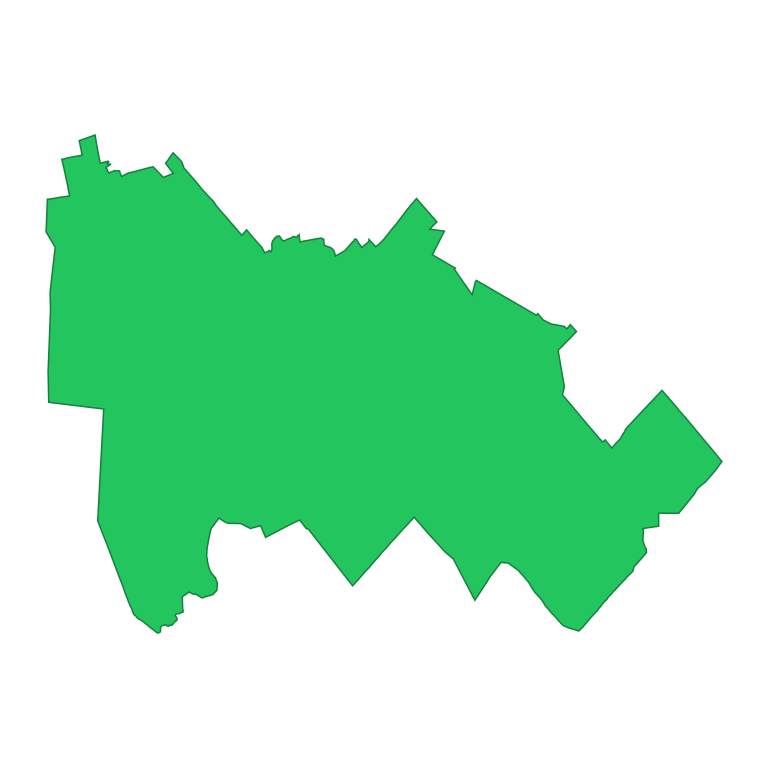 Tumbalá, Chiapas, Mexico (Natural Earth projection)
{"feature_id": "50627088B92638751100187", "entity_name": "Tumbalá", "entity_type": "district", "adm_level": 2, "iso_a3": "MEX", "parent_name": "Mexico", "parent_adm1": "Chiapas", "projection": "natural_earth1", "projection_center": [-92.267, 17.308], "detail": "fine", "context": "isolated", "style": "filled", "palette": "green", "viewbox_px": 768, "rotation_deg": 0, "n_neighbors": 0, "source": "geoboundaries", "source_scale": "gbopen_adm2", "svg_char_len": 6086}
<svg xmlns="http://www.w3.org/2000/svg" viewBox="0 0 768 768"><path d="M721.9,461.5L720.4,459.6L717.6,456.2L716.2,454.6L714.9,452.9L709.3,446.2L707.9,444.5L706.5,442.9L702.3,437.8L699.5,434.4L698.1,432.8L696.7,431.1L695.3,429.4L690.6,423.7L685.1,417.2L682.2,413.9L680.8,412.3L679.4,410.8L677.7,408.6L674.6,404.9L673.2,403.3L670.4,400.1L662.0,390.4L660.0,392.5L655.6,397.1L653.1,399.8L648.1,405.0L646.8,406.5L643.3,410.1L642.0,411.5L640.5,413.0L639.1,414.5L637.6,416.1L635.8,418.1L627.3,427.2L626.2,428.4L625.1,430.3L624.2,432.3L622.9,434.1L621.9,436.0L619.7,439.5L616.0,443.1L611.9,448.0L607.4,442.7L606.2,441.3L605.2,439.9L602.6,442.1L601.1,440.3L599.4,438.6L592.9,430.8L587.1,424.1L579.0,414.4L576.4,411.3L572.8,407.0L562.4,394.8L564.4,386.9L558.1,350.4L573.9,334.3L576.5,331.5L573.8,328.6L570.4,324.7L566.7,328.9L564.3,326.4L551.3,324.0L543.1,319.9L537.8,313.6L536.3,315.2L522.9,307.4L476.4,280.4L475.9,281.3L475.5,281.4L472.1,294.8L455.1,270.3L454.7,270.0L454.3,269.5L455.4,268.2L432.4,254.8L444.4,231.1L429.8,229.2L431.3,227.5L436.9,221.9L423.6,206.7L420.8,203.5L416.5,198.5L412.3,203.4L407.3,209.4L401.9,216.5L396.9,223.1L391.9,229.1L385.8,236.8L383.7,239.4L379.5,243.7L375.7,246.8L372.8,243.5L369.0,239.5L368.9,241.5L361.8,247.5L360.2,245.1L358.5,242.8L356.7,239.6L355.4,239.0L355.0,239.1L354.6,239.2L354.2,240.0L354.0,241.0L352.8,241.6L348.1,247.0L344.8,250.7L338.5,254.4L335.4,256.0L334.7,253.0L334.0,250.8L332.8,249.3L330.5,247.5L327.5,246.5L324.1,245.2L323.7,239.5L323.6,239.0L322.5,239.0L321.3,238.0L299.9,241.8L299.2,235.2L299.1,235.4L298.1,235.3L297.2,236.7L296.3,237.2L294.7,236.7L293.2,236.4L291.3,237.9L289.0,238.6L286.8,239.5L285.4,240.4L283.4,241.0L281.0,238.7L279.6,236.0L277.0,236.2L274.7,238.1L272.6,241.2L271.8,243.6L272.0,247.7L271.7,250.6L271.1,251.5L270.6,251.8L269.6,250.6L269.0,250.4L268.1,251.6L266.3,252.1L264.6,252.7L261.9,247.4L256.8,241.8L254.7,239.4L253.3,237.9L251.4,235.5L246.6,229.9L245.7,231.0L244.6,232.1L242.9,234.1L241.8,235.3L235.7,228.2L233.3,225.3L231.9,223.8L225.6,216.4L223.1,213.7L215.9,205.2L214.2,202.4L213.4,201.3L212.3,200.2L210.9,198.9L210.2,198.2L209.7,197.6L201.9,189.1L195.9,181.6L184.1,168.2L181.7,161.7L173.1,152.8L165.6,163.4L173.3,173.4L163.4,177.4L153.1,166.8L150.6,167.3L132.1,172.2L127.8,173.2L127.5,173.4L121.5,176.5L119.7,171.9L119.6,170.9L118.0,170.9L114.3,170.7L109.0,172.9L107.3,170.7L107.3,169.4L106.3,168.6L105.9,168.0L106.1,167.4L110.5,164.4L110.5,164.2L109.2,164.1L108.7,164.3L108.4,164.3L107.6,164.2L107.2,163.5L107.4,163.0L107.9,162.8L108.3,162.3L108.7,162.0L108.6,161.8L108.2,161.2L105.0,162.0L100.2,163.1L97.6,149.8L96.4,142.9L95.1,135.0L79.2,140.6L82.2,155.2L78.9,155.8L77.4,156.1L75.4,156.4L68.6,157.7L66.5,158.2L64.3,158.8L61.8,159.3L62.7,162.8L64.1,169.1L67.7,185.8L67.9,186.6L68.1,188.4L68.3,189.7L68.6,190.8L69.6,195.9L65.5,196.5L64.6,196.7L59.9,197.3L54.9,198.2L50.5,199.0L47.4,199.2L46.1,231.9L55.2,247.3L50.3,290.0L50.1,293.3L50.5,309.6L48.1,371.3L48.7,402.3L103.7,409.0L97.7,520.8L102.0,532.0L107.5,545.8L119.8,578.5L122.4,585.0L124.7,591.7L126.3,596.0L128.0,600.5L128.6,602.0L129.9,605.2L130.3,606.0L130.6,606.7L131.7,608.7L132.9,612.2L133.8,614.4L135.3,615.7L136.2,616.4L137.3,618.0L138.2,618.6L138.8,619.2L139.8,619.7L141.1,620.0L141.7,620.7L142.4,621.2L143.1,621.4L143.5,621.9L146.8,624.7L147.0,624.7L147.7,625.0L148.9,626.5L149.8,627.0L150.1,627.6L151.9,628.6L157.0,632.8L157.3,633.0L158.1,632.9L158.5,632.9L159.3,632.6L159.6,632.5L160.2,632.0L160.4,631.4L160.5,630.4L160.5,629.7L160.7,628.5L160.6,627.3L160.8,626.8L161.8,626.0L162.4,625.6L163.1,625.3L163.9,625.3L164.5,625.0L165.4,624.8L166.1,624.9L166.2,625.6L166.8,625.9L168.0,626.0L168.6,626.2L168.9,625.9L169.5,625.3L169.5,625.1L170.7,625.1L171.6,625.2L172.1,625.1L172.4,624.9L172.9,624.1L174.3,622.3L175.0,621.6L175.3,621.5L175.5,621.1L176.0,621.0L176.5,620.5L176.9,619.7L177.1,619.7L177.0,619.2L176.9,618.6L176.9,617.6L176.4,617.0L175.6,616.3L175.4,616.0L175.2,615.3L175.2,615.0L175.7,614.6L175.7,614.4L176.1,614.3L176.3,614.1L176.6,614.1L177.3,613.7L178.3,613.7L179.3,613.6L179.8,613.2L180.1,613.1L180.5,612.9L181.3,612.7L182.3,612.3L182.4,612.2L183.1,611.9L183.1,610.4L182.6,608.6L182.6,606.2L182.3,596.8L182.7,596.5L182.9,596.4L183.9,595.7L184.2,595.4L185.3,594.8L187.1,593.5L188.9,592.1L193.2,594.1L195.9,594.2L202.0,598.0L205.9,596.6L212.7,594.7L216.9,590.3L217.4,583.2L215.3,577.6L212.7,574.7L211.0,572.4L210.3,571.2L209.8,570.0L208.2,565.0L208.0,563.4L207.3,561.4L207.4,559.0L207.0,557.8L206.6,556.4L206.7,555.1L206.9,552.2L206.9,550.6L207.1,549.0L207.1,548.2L208.4,541.1L209.2,536.7L210.4,531.3L211.2,528.5L218.9,518.1L222.4,520.4L225.4,522.2L227.9,523.3L241.0,523.6L250.4,528.5L260.6,525.7L261.9,528.6L265.6,537.4L290.0,524.6L299.7,520.0L306.2,528.5L308.5,529.3L352.6,585.8L354.3,584.0L358.2,579.7L365.4,571.4L367.8,568.9L369.5,567.3L369.9,566.8L370.7,565.7L372.7,563.2L376.6,558.9L379.8,555.3L381.2,553.4L383.7,550.6L386.0,548.3L389.4,544.2L392.7,540.6L394.8,538.5L398.4,534.3L401.4,531.0L402.7,529.5L408.4,523.6L409.3,522.4L412.8,518.7L414.1,517.1L417.2,520.8L418.4,522.1L424.0,528.6L425.5,530.4L426.0,530.9L429.4,534.8L438.9,545.1L441.2,547.7L442.5,549.1L445.3,552.2L453.3,558.9L464.3,580.0L474.9,600.2L486.7,582.2L490.3,576.4L491.4,575.1L501.0,562.4L508.2,563.1L518.5,570.5L520.5,573.0L522.8,575.4L528.7,582.4L531.8,587.8L535.1,592.7L537.3,594.9L542.2,600.6L543.5,602.7L545.4,605.9L548.6,609.5L551.2,612.7L553.3,614.9L555.2,616.7L558.3,620.5L563.1,625.5L566.1,626.8L568.0,627.7L572.4,629.0L574.8,629.7L578.7,631.0L579.1,630.7L583.0,626.9L590.4,618.1L595.3,612.7L597.2,610.8L598.9,608.5L601.1,605.9L602.5,603.8L604.1,602.0L607.0,599.3L607.4,598.3L608.8,596.6L612.2,593.1L613.5,591.3L614.5,590.6L616.7,588.1L621.4,583.1L623.2,581.2L625.1,579.3L625.2,579.1L626.3,577.8L626.8,577.2L632.7,571.4L633.3,569.7L634.0,566.8L639.7,560.5L646.5,552.7L646.2,548.8L645.7,548.5L644.6,545.9L642.9,540.8L643.4,530.3L642.9,528.5L658.7,526.2L658.6,513.2L678.7,513.3L694.1,494.4L695.9,491.2L696.9,489.6L698.0,488.1L703.4,483.5L704.0,483.2L704.9,482.4L707.2,480.0L715.3,470.6L721.9,461.5Z" fill="#22c55e" stroke="#15803d" stroke-width="1.5"/></svg>